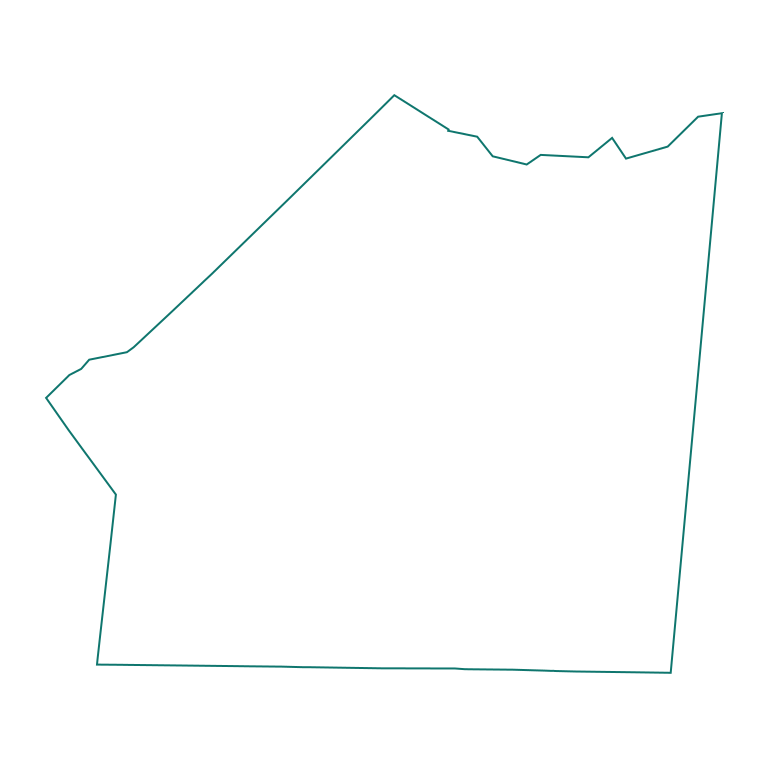 outline of Union, North Carolina, United States of America
{"feature_id": "52423323B12415258614636", "entity_name": "Union", "entity_type": "district", "adm_level": 2, "iso_a3": "USA", "parent_name": "United States of America", "parent_adm1": "North Carolina", "projection": "albers", "projection_center": [-80.585, 35.011], "detail": "fine", "context": "isolated", "style": "outline", "palette": "teal", "viewbox_px": 768, "rotation_deg": 0, "n_neighbors": 0, "source": "geoboundaries", "source_scale": "gbopen_adm2", "svg_char_len": 919}
<svg xmlns="http://www.w3.org/2000/svg" viewBox="0 0 768 768"><path d="M448.6,129.5L394.8,95.5L394.3,95.2L375.1,114.2L374.0,115.3L335.1,153.5L293.4,194.4L292.4,195.4L269.8,217.4L219.6,266.3L214.4,271.4L214.0,271.7L213.6,272.2L203.9,281.3L203.3,281.9L171.0,312.4L133.6,347.3L126.9,352.2L89.2,359.7L81.2,368.9L69.4,375.0L46.1,397.9L68.6,430.1L86.3,454.3L86.7,454.8L115.9,494.6L110.5,543.7L99.9,637.9L97.6,658.6L97.0,664.6L120.8,664.8L127.9,664.9L181.9,665.5L233.5,666.1L249.2,666.3L278.6,666.6L280.9,666.6L303.3,667.2L309.2,667.2L380.8,668.3L455.3,668.5L464.9,669.2L472.8,669.3L513.2,669.7L516.7,669.8L533.5,670.3L544.2,670.6L551.8,670.9L553.2,670.8L554.9,671.0L575.6,671.5L635.5,672.3L670.7,672.8L695.6,401.2L698.2,372.8L721.9,113.2L698.1,116.7L667.7,146.6L626.0,158.6L612.1,137.9L588.4,157.3L540.7,154.9L526.7,164.5L492.7,156.3L477.2,136.7L448.2,130.8L448.6,129.5Z" fill="none" stroke="#0f766e" stroke-width="2"/></svg>